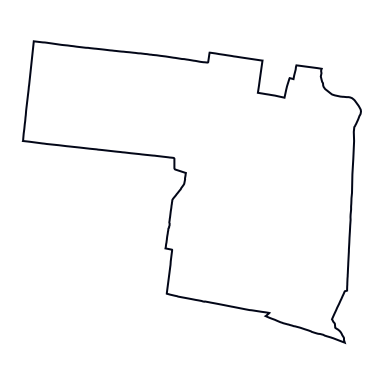 Gangiova, Dolj, Romania (Mercator projection)
{"feature_id": "2599482B23662584271310", "entity_name": "Gangiova", "entity_type": "district", "adm_level": 2, "iso_a3": "ROU", "parent_name": "Romania", "parent_adm1": "Dolj", "projection": "mercator", "projection_center": [23.836, 43.895], "detail": "fine", "context": "isolated", "style": "outline", "palette": "ink", "viewbox_px": 384, "rotation_deg": 0, "n_neighbors": 0, "source": "geoboundaries", "source_scale": "gbopen_adm2", "svg_char_len": 5819}
<svg xmlns="http://www.w3.org/2000/svg" viewBox="0 0 384 384"><path d="M344.8,342.7L344.0,340.1L344.0,339.0L344.0,338.1L343.8,337.6L343.3,336.7L342.6,335.7L342.1,334.8L341.8,334.1L341.7,333.8L341.2,333.0L341.1,332.8L340.8,332.3L340.3,331.7L339.5,330.8L339.0,330.4L338.6,330.1L337.8,329.4L337.3,329.2L336.6,328.7L335.6,328.1L335.4,327.9L335.3,327.7L335.2,327.6L335.2,327.2L335.2,326.9L335.0,325.2L335.0,324.9L334.9,324.1L334.9,323.9L334.8,323.7L334.7,323.4L334.5,323.2L334.4,323.0L333.8,322.3L333.4,321.9L333.2,321.5L332.5,320.2L332.4,319.9L332.0,319.3L332.2,319.0L332.3,318.6L334.4,313.9L336.1,310.3L337.2,307.7L339.0,304.1L340.7,300.3L341.3,299.1L342.4,296.6L342.9,295.5L343.5,294.3L344.5,291.9L344.8,291.3L345.9,291.0L347.1,290.6L347.1,289.6L347.2,286.0L347.3,284.8L347.3,283.5L347.5,278.5L347.7,276.1L347.7,274.9L347.8,273.7L348.0,268.9L348.2,265.2L348.3,262.6L348.9,251.3L348.9,249.8L349.3,242.8L349.5,238.1L349.9,231.5L350.2,225.6L350.6,219.9L350.5,217.1L350.6,214.7L351.1,209.7L351.1,206.3L351.3,203.7L351.5,198.1L352.0,193.0L352.4,174.3L353.3,159.0L354.1,141.1L353.8,131.9L354.3,127.1L355.2,125.8L355.4,125.2L356.2,123.8L356.9,122.2L357.6,120.7L358.3,119.1L358.9,117.5L359.5,115.9L359.6,115.7L360.2,114.8L360.6,113.9L361.0,111.5L360.9,110.8L360.7,109.6L359.3,107.0L358.6,105.8L354.6,100.3L353.6,99.4L352.1,98.2L350.4,97.5L348.5,97.1L346.4,97.1L343.4,96.8L342.5,96.8L341.8,96.7L340.5,96.6L338.2,96.1L334.9,95.4L332.1,94.5L330.5,93.3L328.0,91.3L325.2,89.1L323.7,87.0L323.2,85.6L323.0,83.2L322.5,82.5L322.1,81.6L321.7,80.2L320.8,76.5L320.9,76.1L321.5,73.1L321.4,72.8L321.2,71.5L321.1,70.9L321.2,70.5L321.4,69.6L321.7,68.8L317.4,68.1L304.4,66.4L298.5,65.6L296.6,65.4L296.6,65.6L296.2,66.0L295.9,67.5L295.7,69.5L294.2,75.4L293.5,79.1L289.7,78.1L289.5,78.4L287.0,86.4L286.6,88.1L286.1,90.2L285.6,92.6L284.5,97.7L278.1,96.3L275.0,95.6L273.1,95.3L271.2,95.0L269.0,94.6L265.7,94.1L262.2,93.5L259.0,93.0L257.9,92.8L259.0,85.6L260.0,78.2L262.5,60.6L262.3,60.6L240.7,57.4L238.8,57.1L236.3,56.7L233.9,56.4L231.3,55.9L227.2,55.3L224.1,54.8L219.2,54.1L215.9,53.5L210.2,52.7L209.6,52.7L209.5,53.2L209.0,56.6L208.3,61.4L208.2,62.1L207.9,62.4L207.8,62.5L206.8,62.5L204.9,62.3L203.2,62.2L200.2,61.8L198.6,61.5L197.1,61.2L195.5,60.9L193.8,60.7L190.4,60.1L188.7,59.8L186.5,59.5L184.2,59.1L182.0,59.0L175.3,57.9L173.5,57.7L171.0,57.3L166.0,56.5L160.2,55.8L156.9,55.3L152.5,54.9L151.4,54.7L149.9,54.6L148.7,54.4L146.8,54.1L145.3,54.0L141.3,53.5L140.9,53.4L140.0,53.4L138.1,53.3L135.3,52.9L133.2,52.7L129.8,52.3L126.2,52.0L124.5,51.8L123.6,51.7L122.0,51.6L119.8,51.4L118.0,51.2L116.4,51.0L114.3,50.8L111.9,50.5L110.4,50.4L108.0,50.1L104.0,49.6L100.4,49.2L95.7,48.7L94.3,48.6L89.7,48.1L88.6,47.9L87.1,47.8L86.1,47.8L83.5,47.5L76.7,46.7L73.4,46.2L70.7,45.9L67.9,45.5L63.6,45.1L61.7,44.9L58.9,44.5L51.4,43.4L47.9,42.9L47.3,42.8L45.0,42.5L42.9,42.4L40.4,42.1L38.6,41.9L34.5,41.4L33.8,41.3L29.1,85.4L28.9,86.5L28.6,89.7L26.7,105.8L26.4,108.3L26.1,111.0L25.8,115.0L25.5,117.5L25.2,121.0L25.1,121.8L24.8,123.9L24.3,129.0L24.1,130.5L23.7,133.5L23.3,138.1L23.1,140.7L23.0,141.0L29.3,141.7L42.9,143.5L43.3,143.5L46.8,144.0L58.7,145.2L66.7,146.2L70.8,146.6L72.6,146.8L79.3,147.5L89.6,148.7L96.9,149.4L97.8,149.6L102.0,150.0L111.7,151.1L115.2,151.5L118.1,151.8L120.3,152.0L122.5,152.3L124.9,152.5L130.6,153.2L139.5,154.1L141.7,154.4L145.4,154.8L153.3,155.6L153.7,155.6L154.9,155.7L156.3,155.9L163.1,156.7L168.3,157.3L169.6,157.5L171.9,157.7L173.5,157.9L173.7,158.0L173.8,158.0L174.0,158.1L174.1,158.3L174.4,158.7L174.4,158.9L174.4,159.3L174.4,161.5L174.4,162.6L174.4,164.8L174.4,167.0L174.4,168.0L174.4,168.3L174.5,168.5L174.6,168.8L174.8,169.1L174.9,169.3L175.5,169.6L175.8,169.7L180.4,171.2L181.9,171.7L185.9,173.0L185.6,174.6L185.5,175.7L185.1,177.8L185.0,178.7L185.0,179.0L185.1,179.4L184.8,180.9L184.6,181.9L184.2,183.9L184.0,184.2L183.8,184.6L183.4,185.2L182.6,186.3L181.5,187.8L181.2,188.2L181.0,188.8L180.8,189.0L180.7,189.2L180.6,189.5L180.4,189.7L180.0,190.1L179.6,190.6L178.9,191.5L178.1,192.5L177.4,193.4L176.6,194.3L176.0,195.2L174.6,196.9L173.9,197.7L173.0,198.9L172.6,199.5L172.3,200.2L172.3,200.5L172.2,201.5L172.0,202.4L171.8,204.3L171.6,205.2L171.5,206.1L171.3,207.9L171.0,209.8L170.7,211.8L170.6,212.7L170.0,217.7L169.8,218.7L169.7,219.7L169.6,220.6L169.3,222.4L169.5,223.3L169.7,223.8L169.6,224.2L169.6,225.3L169.4,226.0L169.1,226.6L169.1,226.9L169.1,227.2L169.1,227.5L168.9,228.0L168.5,228.3L168.4,228.8L168.2,230.8L168.1,231.0L167.9,232.1L167.7,233.8L167.4,235.4L167.2,236.6L166.9,239.0L166.9,239.4L166.7,240.7L166.5,242.4L166.1,244.4L166.0,245.2L165.8,247.0L165.5,248.4L172.0,249.7L172.1,249.8L172.1,250.6L172.1,250.8L171.9,252.2L171.4,256.1L171.0,259.3L170.7,261.8L170.7,262.1L170.6,263.5L170.5,265.0L170.3,266.4L169.9,269.5L169.5,272.6L169.3,274.1L168.9,277.2L167.9,284.9L167.1,291.0L166.9,292.6L166.8,293.4L166.8,293.7L167.9,294.0L170.0,294.6L174.7,295.7L177.1,296.2L177.6,296.4L177.9,296.5L178.1,296.6L179.2,296.8L181.3,297.2L185.7,298.0L190.0,298.8L194.1,299.6L196.1,300.0L198.0,300.3L201.7,301.0L202.2,301.2L203.2,301.5L204.5,301.7L204.9,301.5L208.8,302.2L210.8,302.6L214.6,303.3L218.3,304.0L224.5,305.2L228.0,305.9L231.1,306.5L231.5,306.6L232.7,306.8L242.4,308.7L245.4,309.3L249.7,310.1L251.1,310.2L252.6,310.4L261.6,311.8L266.0,312.4L269.0,312.9L269.3,313.0L268.9,313.4L266.6,315.4L266.3,315.7L265.7,316.1L267.4,316.9L269.5,317.8L271.8,318.7L274.9,319.8L276.4,320.5L280.4,322.2L281.3,322.5L282.3,322.8L283.2,323.2L286.3,324.0L287.7,324.4L288.2,324.5L288.7,324.5L289.2,324.8L292.5,325.7L293.5,326.1L294.0,326.2L295.3,326.4L296.4,326.7L300.2,327.7L304.6,329.2L308.4,330.4L311.1,331.4L311.6,331.8L314.1,332.6L316.7,333.4L318.2,333.8L320.2,334.0L322.5,334.6L323.3,334.8L324.7,335.6L325.7,335.9L326.9,336.3L328.3,336.7L331.0,337.5L332.4,338.0L333.1,338.2L344.8,342.7Z" fill="none" stroke="#020617" stroke-width="2"/></svg>